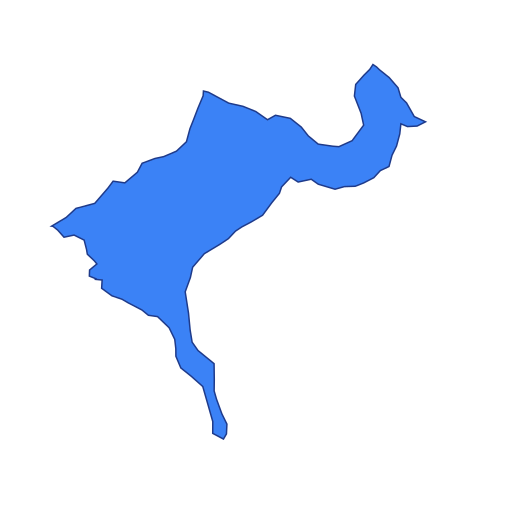 Armou, Paphos, Cyprus (Equal Earth projection), rotated 348°
{"feature_id": "46923920B18144204603704", "entity_name": "Armou", "entity_type": "district", "adm_level": 2, "iso_a3": "CYP", "parent_name": "Cyprus", "parent_adm1": "Paphos", "projection": "equal_earth", "projection_center": [32.488, 34.792], "detail": "fine", "context": "isolated", "style": "filled", "palette": "blue", "viewbox_px": 512, "rotation_deg": 348, "n_neighbors": 0, "source": "geoboundaries", "source_scale": "gbopen_adm2", "svg_char_len": 1597}
<svg xmlns="http://www.w3.org/2000/svg" viewBox="0 0 512 512"><g transform="rotate(348 256 256)"><path d="M94.2,245.5L100.5,247.5L98.3,255.5L106.8,265.0L115.9,270.4L121.2,275.2L133.2,285.1L138.4,291.6L147.1,294.8L156.1,308.1L159.2,320.6L158.3,330.0L156.8,337.4L159.2,349.9L167.6,360.1L176.8,372.6L178.0,389.8L179.3,409.0L176.8,420.5L186.1,428.3L190.1,423.9L192.6,414.4L189.8,403.3L187.6,387.8L187.0,379.3L189.5,368.2L192.6,352.6L179.6,336.4L175.6,327.0L176.2,314.5L178.1,297.9L179.3,276.3L187.3,263.5L191.7,253.8L205.9,243.0L223.5,236.9L232.6,233.3L241.1,227.4L248.2,224.6L258.1,221.8L270.9,217.5L282.6,207.1L291.9,199.6L295.4,193.7L306.3,186.2L312.6,192.4L326.0,192.4L331.8,198.7L347.2,207.1L356.9,206.5L367.5,208.4L369.6,208.1L376.6,206.9L387.5,203.9L395.4,198.3L404.7,196.1L410.0,185.7L416.3,177.7L422.0,166.5L425.2,156.8L431.1,160.9L440.6,162.4L449.7,160.0L439.8,152.5L435.1,137.6L430.7,130.9L429.9,121.0L423.4,109.2L415.4,99.4L413.2,96.1L410.2,93.0L406.1,97.1L399.3,101.5L389.2,108.9L385.5,120.0L388.5,138.3L388.5,150.4L374.0,163.2L359.8,166.3L354.0,164.6L340.1,159.5L332.1,149.4L327.1,139.3L318.2,128.5L304.3,122.4L295.6,125.1L285.8,114.6L274.4,106.9L261.1,100.8L243.5,85.9L238.9,83.7L237.6,88.3L229.9,99.4L223.1,109.9L217.9,117.7L211.7,129.8L200.0,136.9L186.4,139.6L177.4,139.6L163.9,141.6L157.4,149.4L142.9,157.2L131.8,153.1L125.3,158.8L109.2,171.0L89.8,172.0L78.4,178.8L62.3,184.3L63.6,184.8L67.4,189.4L72.1,197.7L82.4,197.7L91.2,204.7L91.6,214.2L91.4,219.2L96.8,227.0L98.7,230.7L90.3,235.1L88.8,241.0L94.7,245.0L94.2,245.5Z" fill="#3b82f6" stroke="#1e3a8a" stroke-width="1.5"/></g></svg>